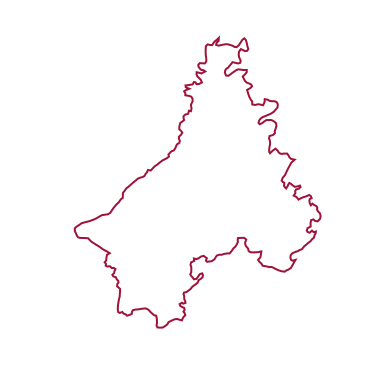 outline of Jaquirana, Rio Grande do Sul, Brazil, rotated 58°
{"feature_id": "56859067B17616703483984", "entity_name": "Jaquirana", "entity_type": "district", "adm_level": 2, "iso_a3": "BRA", "parent_name": "Brazil", "parent_adm1": "Rio Grande do Sul", "projection": "equal_earth", "projection_center": [-50.364, -28.959], "detail": "fine", "context": "isolated", "style": "outline", "palette": "rose", "viewbox_px": 384, "rotation_deg": 58, "n_neighbors": 0, "source": "geoboundaries", "source_scale": "gbopen_adm2", "svg_char_len": 5888}
<svg xmlns="http://www.w3.org/2000/svg" viewBox="0 0 384 384"><g transform="rotate(58 192 192)"><path d="M75.5,87.6L76.1,90.5L76.4,93.3L78.1,97.1L76.9,98.8L75.1,100.5L75.7,103.0L79.3,105.5L83.2,107.8L84.8,108.5L86.6,109.3L88.8,110.6L89.8,112.9L88.5,114.8L86.8,117.2L87.6,119.4L89.4,120.1L93.0,119.7L94.7,117.8L96.8,116.9L96.4,121.3L94.3,123.1L92.9,124.6L94.6,125.8L96.7,126.2L101.3,125.1L104.3,125.5L104.2,128.6L103.0,131.0L100.9,130.9L99.7,132.1L101.1,134.4L99.3,138.7L98.2,141.0L99.9,141.8L103.0,139.6L102.4,142.7L102.4,145.3L105.0,145.4L106.4,146.4L107.6,145.1L109.1,143.4L110.8,142.1L113.2,142.1L115.4,143.4L117.3,146.5L118.7,147.3L120.9,148.1L122.9,150.1L121.4,151.5L123.6,153.8L122.8,156.6L123.3,159.1L124.9,160.0L126.8,160.6L127.1,162.8L127.2,165.3L128.5,166.8L129.9,168.1L132.0,169.5L134.7,168.9L136.6,168.8L137.6,170.8L138.2,173.8L139.9,174.9L142.2,175.2L143.6,176.7L143.7,179.7L146.1,183.1L147.1,185.5L146.6,187.9L147.1,190.0L147.7,192.1L149.8,192.8L150.0,196.0L149.6,200.1L149.9,203.9L150.4,207.1L150.4,209.8L150.9,211.9L151.9,215.5L150.0,217.7L151.5,219.8L152.1,221.9L153.2,223.6L153.2,225.7L152.4,228.4L152.0,230.6L152.4,233.5L152.8,236.9L153.4,240.3L153.9,243.2L154.1,245.8L155.1,248.0L156.2,251.1L158.4,252.5L160.3,253.9L160.5,256.3L161.9,259.4L162.6,263.1L163.3,265.1L164.1,267.4L165.5,270.5L166.4,272.5L166.3,275.2L165.5,277.0L163.9,280.7L163.6,288.1L163.2,290.5L162.4,294.4L160.6,300.0L160.0,302.2L160.2,306.2L160.2,308.3L160.7,310.6L162.8,312.0L165.3,312.3L167.9,312.7L170.1,312.6L171.5,311.4L173.2,308.9L174.8,306.5L176.2,304.6L178.5,304.2L181.0,303.6L183.6,302.3L185.8,301.3L187.3,300.5L189.0,299.7L191.3,298.7L193.4,297.9L195.0,297.0L197.6,295.5L200.3,294.2L200.2,297.4L202.4,299.4L204.6,301.0L205.3,303.3L207.3,303.0L208.7,304.2L210.3,303.3L211.5,300.9L213.9,300.4L214.9,298.6L216.8,297.7L218.2,299.9L219.5,301.0L220.0,303.4L221.7,303.5L224.1,301.7L226.2,302.1L228.2,301.6L229.7,302.2L230.7,304.3L232.3,305.5L234.3,304.8L236.0,304.3L238.4,305.8L239.9,307.0L242.3,308.7L245.0,311.5L246.9,313.1L248.2,314.3L249.5,315.3L251.2,316.5L253.0,317.5L254.8,318.2L256.3,317.3L256.8,314.7L258.7,314.5L260.7,313.1L262.5,312.6L263.2,309.9L263.4,307.6L261.8,306.4L260.9,304.7L261.5,302.8L262.6,300.6L263.7,298.3L264.8,295.6L266.2,292.9L268.6,291.4L272.2,290.7L276.5,289.4L277.9,287.9L280.7,288.9L282.8,290.1L284.4,291.0L286.2,292.7L288.5,293.1L289.9,291.3L291.4,288.8L291.4,285.1L291.1,282.9L289.9,280.8L290.3,277.3L290.7,274.3L291.9,271.8L293.8,270.2L295.5,268.6L293.7,266.0L292.9,262.9L290.9,262.4L289.0,262.7L288.0,260.7L286.2,260.0L284.3,261.3L282.4,262.3L280.5,261.9L280.6,259.1L282.0,258.7L282.6,256.3L281.0,255.6L278.9,255.4L277.3,254.5L275.8,253.6L274.2,253.4L273.1,252.1L273.9,249.6L273.7,246.6L273.4,244.2L272.6,242.3L272.3,239.7L272.2,237.5L271.9,235.3L270.3,233.0L270.3,230.9L269.9,228.2L268.4,226.8L266.4,226.5L265.8,228.8L266.8,231.3L268.1,234.2L267.0,236.7L265.3,236.7L262.8,237.1L261.0,237.2L259.7,235.2L257.5,233.7L255.3,232.4L253.0,231.9L251.2,230.0L251.6,226.6L249.4,225.6L251.3,223.7L251.7,221.5L251.5,218.6L252.3,216.0L256.0,214.5L257.6,216.6L259.2,216.2L260.0,214.4L261.1,212.0L261.0,208.7L259.9,206.5L259.1,204.8L259.5,202.4L260.9,200.2L261.4,198.0L262.4,195.4L264.0,192.6L263.0,189.5L261.8,186.9L261.2,183.9L260.0,181.5L258.6,179.5L257.2,178.8L255.4,177.5L256.8,174.9L258.6,172.0L261.1,171.2L263.1,173.8L264.5,174.5L266.2,174.9L268.0,174.7L269.8,174.4L271.7,175.2L273.1,174.9L274.5,173.8L276.0,171.6L277.1,169.5L278.1,167.7L279.1,164.7L281.7,166.8L283.6,168.6L284.6,172.0L287.0,171.8L289.5,171.1L291.9,171.2L293.8,169.1L295.3,167.5L296.7,166.2L297.5,164.5L298.9,163.4L301.2,162.1L302.9,161.0L304.6,159.8L306.7,158.0L308.7,155.6L308.5,153.5L308.9,151.5L308.8,148.3L304.4,140.2L303.6,143.1L302.1,143.9L299.9,143.4L297.8,141.7L297.1,139.3L297.6,136.1L298.3,133.5L298.2,131.5L298.8,129.2L297.6,125.7L297.2,123.1L296.8,120.6L296.5,117.3L295.7,115.3L295.4,112.9L293.6,111.0L292.5,109.0L291.2,107.9L290.5,110.1L288.3,110.7L288.9,113.8L287.0,115.2L285.4,115.0L283.9,113.1L284.2,109.7L281.0,107.8L279.0,105.9L279.6,103.5L281.8,102.9L283.5,101.0L282.5,97.4L280.4,95.6L277.9,94.8L275.3,95.4L273.1,95.3L271.8,94.1L270.1,93.9L268.1,95.1L265.7,96.1L266.3,98.2L264.0,98.1L261.7,97.1L260.4,95.9L260.6,93.8L258.6,93.4L256.6,94.2L256.2,97.5L255.4,100.4L255.0,102.9L254.9,105.7L253.3,105.8L251.5,106.1L249.0,107.7L247.7,104.9L245.9,104.0L245.0,102.5L245.8,99.6L245.3,97.3L243.7,97.1L243.3,99.2L242.0,102.2L239.2,103.3L237.4,103.8L235.9,104.7L236.7,106.4L237.9,108.2L238.9,110.3L237.3,110.7L235.6,110.8L234.3,109.6L232.9,108.8L231.5,109.8L229.9,110.0L228.0,107.5L226.9,104.0L225.6,102.2L223.0,98.0L219.7,92.1L219.0,87.8L216.4,90.4L214.2,91.0L212.2,90.8L209.9,90.9L208.1,93.7L207.3,95.7L206.0,96.9L204.4,97.5L202.4,97.4L199.5,98.2L199.7,101.7L200.5,105.3L199.0,105.3L197.4,104.4L195.0,102.5L193.2,100.8L191.2,99.4L189.2,98.6L187.6,98.4L185.6,96.6L186.6,93.1L186.0,90.4L184.5,89.8L180.7,85.3L178.1,84.3L175.8,85.0L174.1,85.8L172.8,86.9L170.4,90.8L170.5,94.0L170.8,95.9L170.4,98.7L168.7,99.0L166.8,96.9L166.1,94.8L165.9,92.4L166.4,90.1L167.4,83.2L167.3,80.0L165.6,74.7L163.6,73.1L162.1,72.5L160.3,72.7L158.8,73.9L156.2,77.7L153.9,78.8L151.8,81.1L154.3,82.9L156.1,85.8L154.2,87.6L152.7,89.2L151.6,92.4L149.7,94.5L147.1,93.0L145.1,93.2L143.3,93.1L141.3,92.9L139.2,92.4L134.6,91.2L134.8,87.4L134.2,85.1L132.4,84.8L130.3,86.0L128.2,87.6L125.7,88.2L121.0,87.8L120.2,84.3L119.4,82.1L117.5,80.9L115.8,83.7L112.6,87.6L112.1,89.8L112.4,95.4L112.8,99.4L111.3,101.4L108.2,100.9L106.5,99.4L105.7,97.6L105.7,95.6L103.4,88.8L107.5,84.7L108.0,82.7L106.6,81.2L104.5,80.9L102.7,80.6L100.4,79.7L98.0,77.9L96.7,74.8L100.7,72.3L101.5,70.3L100.5,68.4L98.1,67.9L95.5,66.9L93.3,66.2L91.5,65.8L89.4,66.2L89.6,68.6L92.3,74.4L92.8,77.4L91.6,79.0L89.8,79.8L87.2,82.0L85.7,83.3L84.6,85.0L83.3,88.1L82.0,91.9L80.0,93.6L78.5,92.1L78.0,89.4L75.5,87.6Z" fill="none" stroke="#9f1239" stroke-width="2"/></g></svg>